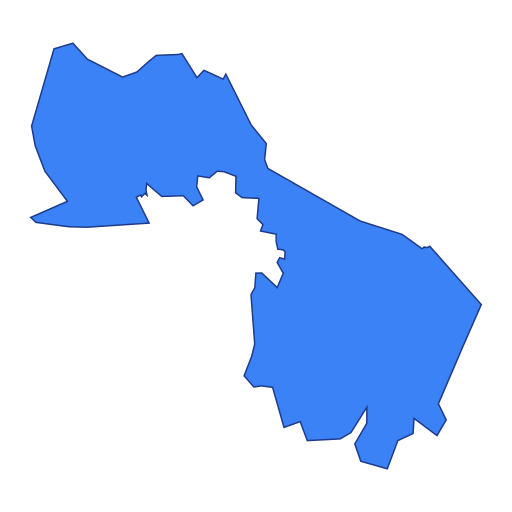 Henrico, Virginia, United States of America
{"feature_id": "52423323B30823129244387", "entity_name": "Henrico", "entity_type": "district", "adm_level": 2, "iso_a3": "USA", "parent_name": "United States of America", "parent_adm1": "Virginia", "projection": "mercator", "projection_center": [-77.411, 37.531], "detail": "fine", "context": "isolated", "style": "filled", "palette": "blue", "viewbox_px": 512, "rotation_deg": 0, "n_neighbors": 0, "source": "geoboundaries", "source_scale": "gbopen_adm2", "svg_char_len": 1438}
<svg xmlns="http://www.w3.org/2000/svg" viewBox="0 0 512 512"><path d="M30.7,217.4L36.0,222.4L62.2,225.9L69.7,226.8L87.2,227.2L149.1,223.1L136.3,197.1L140.8,195.0L141.5,196.8L144.9,193.4L147.0,195.3L146.0,190.0L146.7,183.5L161.7,196.4L166.0,196.3L183.3,195.7L193.1,205.8L203.1,199.9L196.6,186.8L197.8,175.9L209.3,177.8L216.9,171.4L217.0,171.2L223.9,171.7L236.0,176.3L235.6,192.7L242.0,197.6L258.9,198.4L257.1,218.7L263.0,224.6L260.5,231.0L276.2,234.2L276.1,241.2L277.8,249.2L282.9,249.8L285.1,251.7L284.6,259.1L279.6,257.7L277.2,262.4L283.0,272.8L283.1,272.7L283.3,273.1L277.2,287.6L261.8,273.0L255.9,273.1L254.8,287.8L251.0,294.7L254.7,344.0L251.7,356.3L244.1,375.8L253.9,387.0L261.3,385.9L272.6,387.3L284.0,427.4L300.2,421.6L307.3,440.6L340.1,438.9L351.0,432.5L366.9,407.2L366.8,423.3L354.8,443.9L360.8,461.3L387.3,468.8L397.8,440.6L413.1,433.5L414.0,418.4L437.0,435.6L446.2,419.9L438.4,403.8L462.1,348.3L481.3,304.6L429.9,246.4L429.4,246.3L428.9,246.7L428.6,247.0L428.1,247.3L427.6,247.3L426.8,247.6L426.0,247.3L425.3,247.2L424.8,247.3L424.3,247.0L423.8,247.3L423.7,247.6L422.3,248.4L421.5,248.6L421.3,248.2L402.1,234.4L360.1,221.0L267.8,168.4L264.6,159.7L266.3,143.6L251.2,125.0L225.8,74.1L223.2,79.1L203.9,70.3L197.0,77.7L182.0,53.7L177.9,54.5L156.2,55.4L148.1,62.0L136.9,72.0L122.6,77.1L87.3,59.1L72.9,43.2L54.0,48.8L31.6,126.1L35.2,145.8L44.9,171.2L67.4,201.3L30.7,217.4Z" fill="#3b82f6" stroke="#1e3a8a" stroke-width="1.5"/></svg>